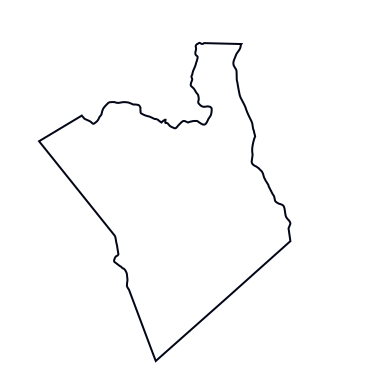 Villa de San Francisco, Francisco Morazán, Honduras, rotated 238°
{"feature_id": "27666195B57613210290297", "entity_name": "Villa de San Francisco", "entity_type": "district", "adm_level": 2, "iso_a3": "HND", "parent_name": "Honduras", "parent_adm1": "Francisco Morazán", "projection": "robinson", "projection_center": [-86.929, 14.191], "detail": "fine", "context": "isolated", "style": "outline", "palette": "ink", "viewbox_px": 384, "rotation_deg": 238, "n_neighbors": 0, "source": "geoboundaries", "source_scale": "gbopen_adm2", "svg_char_len": 6073}
<svg xmlns="http://www.w3.org/2000/svg" viewBox="0 0 384 384"><g transform="rotate(238 192 192)"><path d="M316.1,89.2L196.9,103.2L196.6,103.3L195.7,103.3L194.8,103.2L193.7,102.8L192.5,102.4L189.7,101.2L187.4,100.4L186.5,100.1L178.2,96.6L178.1,96.4L177.9,96.1L177.7,95.6L177.6,95.2L177.6,94.6L177.7,93.8L177.7,93.4L177.6,93.0L177.3,92.4L177.0,91.8L176.6,91.3L176.2,90.7L175.7,90.1L175.3,89.7L175.0,89.5L174.7,89.3L174.4,89.2L174.2,89.2L173.8,89.2L173.5,89.2L173.2,89.4L170.9,90.3L168.1,91.3L167.6,91.5L166.6,92.1L166.0,92.3L165.5,92.4L164.6,92.6L164.2,92.8L163.9,92.9L163.1,93.5L162.5,93.7L161.6,93.9L160.7,93.9L160.0,93.9L158.6,93.7L157.4,93.5L156.7,93.2L154.1,91.9L151.6,90.7L148.6,88.2L147.6,87.6L146.8,87.0L146.5,86.9L145.6,86.8L144.1,86.7L143.4,86.7L142.6,86.8L83.9,74.9L67.9,71.7L83.8,166.1L98.2,249.4L110.0,254.6L112.7,258.3L113.1,258.7L113.6,258.9L114.3,259.1L115.2,259.2L116.6,259.1L117.1,259.0L118.0,258.8L118.9,258.7L120.3,258.6L121.1,258.6L121.5,258.7L122.2,258.9L122.9,259.1L126.4,260.6L129.0,261.7L130.0,262.0L131.0,262.2L131.4,262.2L131.9,262.2L132.4,262.1L132.8,261.9L133.4,261.6L134.2,261.1L134.8,260.6L135.8,259.7L136.6,259.2L137.6,258.6L138.5,258.2L139.4,257.9L140.0,257.8L140.4,257.8L141.0,258.0L143.1,258.7L144.3,259.2L145.0,259.3L145.5,259.4L146.8,259.3L147.8,259.3L155.7,260.0L156.3,260.1L157.3,260.4L157.9,260.5L159.6,260.5L162.8,260.5L164.1,260.6L165.0,260.7L166.0,260.8L167.2,261.1L169.9,261.9L170.7,262.0L171.5,262.1L172.4,262.1L172.9,262.0L174.5,261.6L176.1,261.3L176.9,261.1L178.1,260.6L179.3,260.1L181.3,258.9L182.2,258.5L182.9,258.3L183.6,258.2L184.1,258.1L184.7,258.2L185.2,258.3L186.0,258.6L186.5,259.0L190.2,262.1L191.6,263.2L192.2,263.5L193.2,263.9L193.9,264.2L195.4,265.1L196.7,265.9L198.2,267.1L199.6,268.3L201.9,270.5L204.2,273.0L204.8,273.8L205.4,274.7L205.6,274.9L205.8,275.1L208.1,275.8L211.5,277.0L212.0,277.1L212.8,277.2L213.2,277.3L217.9,279.3L218.9,279.6L219.9,279.8L221.2,280.0L225.2,280.4L228.4,280.8L229.8,281.0L232.6,281.5L233.5,281.7L234.6,282.0L235.6,282.2L237.4,282.5L239.5,282.7L246.0,283.2L247.2,283.4L248.5,283.7L249.5,284.0L250.5,284.4L253.9,285.7L257.7,287.2L260.8,288.5L262.6,289.1L263.3,289.4L264.1,289.8L266.4,291.2L269.5,293.0L270.7,293.7L271.8,294.1L272.3,294.3L272.8,294.3L274.8,294.3L276.4,294.4L277.2,294.4L277.7,294.6L278.7,295.0L279.4,295.4L279.8,295.7L280.3,296.1L281.1,296.9L281.4,297.2L282.4,298.6L283.9,300.6L284.9,302.0L285.6,303.0L287.4,307.3L288.2,308.7L288.7,309.4L289.1,309.8L289.7,310.4L290.6,311.1L290.8,311.3L291.0,311.7L291.3,312.3L311.9,281.1L311.8,280.5L311.8,280.1L311.9,279.9L312.0,279.4L312.4,278.8L312.6,278.6L314.1,277.7L314.4,277.5L314.5,277.3L314.6,277.1L314.7,274.3L314.6,273.9L314.6,273.7L314.4,273.3L314.1,272.9L313.8,272.5L313.6,272.3L313.3,272.2L312.7,272.0L312.3,271.9L311.8,271.6L311.2,271.3L310.4,270.6L309.5,269.7L308.9,269.1L308.1,268.5L307.5,268.1L307.1,268.0L306.8,267.9L305.8,267.9L305.2,268.1L304.5,268.4L304.0,268.4L303.7,268.4L303.4,268.3L303.1,268.1L302.9,267.9L301.3,266.3L300.3,265.2L299.4,264.0L298.5,263.1L297.8,262.3L297.0,261.3L295.5,259.2L293.9,256.9L292.5,255.4L291.3,254.3L291.0,253.6L290.7,253.3L290.5,253.0L290.2,252.7L289.9,252.6L289.4,252.4L288.4,252.2L287.4,251.9L287.2,251.8L286.9,251.5L286.4,250.8L286.1,250.4L285.0,249.0L284.0,248.1L283.6,247.7L283.2,247.5L282.7,247.4L282.2,247.4L281.4,247.6L280.6,247.9L280.1,248.0L278.8,248.3L277.7,248.4L276.9,248.4L275.6,248.3L274.2,248.3L273.2,248.4L271.9,248.6L271.2,248.6L270.4,248.4L269.3,248.0L268.5,247.6L267.4,247.1L266.6,246.5L266.0,245.8L265.6,245.4L265.1,245.0L264.7,244.8L264.3,244.6L263.8,244.6L263.4,244.6L262.7,244.7L261.4,245.0L260.4,245.3L259.9,245.5L259.0,246.2L258.2,246.8L257.8,247.5L257.5,248.0L256.9,249.4L256.3,250.7L256.0,251.1L255.7,251.4L254.7,252.4L254.3,252.7L253.8,252.8L253.3,252.9L252.9,253.0L252.5,252.9L252.2,252.8L251.5,252.4L251.0,252.1L249.4,250.9L247.8,249.4L247.5,249.1L246.9,248.2L246.5,247.4L246.2,246.8L245.7,245.6L245.3,244.7L243.8,242.4L243.2,241.4L242.8,240.5L242.6,239.8L242.5,239.3L242.5,238.7L242.6,238.2L242.9,237.8L243.2,237.3L243.6,236.9L244.6,236.2L246.1,235.5L247.1,235.0L248.4,234.5L248.9,234.3L249.4,234.0L249.7,233.7L250.1,233.1L250.6,232.2L251.5,230.7L251.8,229.9L252.6,227.5L252.8,226.8L252.9,226.1L252.9,225.8L253.0,225.6L253.2,225.4L254.1,224.7L255.4,223.9L255.9,223.5L256.4,223.0L256.7,222.4L256.9,221.9L256.9,221.4L256.8,220.5L256.6,219.4L256.3,218.0L255.8,216.0L255.6,215.2L255.0,213.5L254.9,213.0L254.8,212.5L254.8,212.1L254.9,211.7L255.1,211.3L255.3,211.0L256.3,210.3L257.4,209.5L258.6,208.8L259.3,208.4L260.0,208.2L263.1,207.7L263.3,207.6L263.8,207.2L264.3,206.8L264.4,206.5L264.5,206.2L264.9,206.1L265.3,206.3L266.7,207.3L267.2,207.7L267.3,207.8L267.4,207.7L267.5,207.6L267.6,206.9L267.6,205.5L267.4,203.9L267.3,203.6L267.1,203.2L267.1,202.9L267.6,202.7L268.6,202.3L269.8,201.8L271.0,201.5L271.4,201.3L271.7,201.1L272.4,200.6L272.9,200.2L273.2,199.8L273.6,199.1L273.9,198.9L275.0,198.2L277.0,196.9L278.1,196.2L278.7,195.7L279.7,194.7L281.5,193.1L283.4,191.8L284.9,190.9L285.5,190.6L285.9,190.5L286.3,190.5L286.7,190.6L287.1,190.7L287.6,191.1L288.5,191.5L290.6,192.8L290.9,193.0L291.2,193.0L292.1,193.1L292.9,193.1L293.4,193.0L293.7,192.9L294.2,192.6L294.7,192.1L295.2,191.6L296.5,189.9L297.1,188.9L297.3,188.6L299.6,187.0L300.7,186.2L301.7,185.3L302.2,184.8L303.7,182.8L304.3,181.8L304.7,181.2L305.4,179.6L305.9,178.3L306.2,177.6L306.4,177.0L306.8,176.5L307.2,176.0L307.6,175.4L308.4,174.6L309.2,174.0L309.5,173.7L310.5,172.1L310.8,171.5L311.2,170.8L311.6,170.0L311.8,169.4L311.9,168.8L311.9,168.1L311.8,167.7L310.9,163.9L310.4,162.5L310.2,161.8L309.8,161.1L309.4,160.4L308.7,159.4L308.3,158.9L307.6,158.2L306.6,157.1L305.8,156.4L305.6,156.1L305.2,155.1L304.9,154.1L304.8,153.7L304.6,153.3L303.9,152.2L303.1,150.9L302.8,150.2L302.5,149.6L302.3,148.7L302.1,147.3L302.0,146.3L301.9,145.2L302.0,144.9L302.1,144.6L302.2,144.4L302.4,144.2L303.1,143.9L304.7,143.5L306.1,142.9L309.0,141.0L310.3,140.1L310.8,139.8L311.2,139.6L311.8,139.5L313.0,139.4L314.2,139.1L314.7,139.0L315.2,139.0L316.1,89.2Z" fill="none" stroke="#020617" stroke-width="2"/></g></svg>